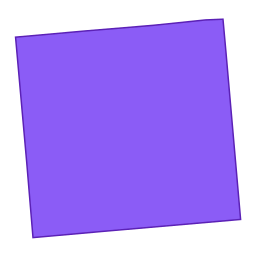 Neosho, Kansas, United States of America (Robinson projection), rotated 355°
{"feature_id": "52423323B71626623593789", "entity_name": "Neosho", "entity_type": "district", "adm_level": 2, "iso_a3": "USA", "parent_name": "United States of America", "parent_adm1": "Kansas", "projection": "robinson", "projection_center": [-95.334, 37.559], "detail": "fine", "context": "isolated", "style": "filled", "palette": "violet", "viewbox_px": 256, "rotation_deg": 355, "n_neighbors": 0, "source": "geoboundaries", "source_scale": "gbopen_adm2", "svg_char_len": 301}
<svg xmlns="http://www.w3.org/2000/svg" viewBox="0 0 256 256"><g transform="rotate(355 128 128)"><path d="M23.9,27.7L24.1,153.5L23.8,228.9L25.9,228.9L93.5,228.8L232.2,228.9L232.2,61.3L232.1,27.9L214.5,27.1L162.7,27.9L93.8,27.6L23.9,27.7Z" fill="#8b5cf6" stroke="#5b21b6" stroke-width="1.5"/></g></svg>